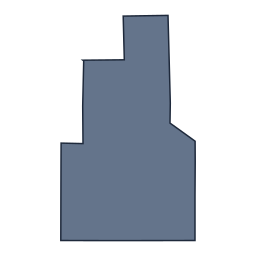 outline of Quitman, Mississippi, United States of America
{"feature_id": "52423323B70800953145175", "entity_name": "Quitman", "entity_type": "district", "adm_level": 2, "iso_a3": "USA", "parent_name": "United States of America", "parent_adm1": "Mississippi", "projection": "albers", "projection_center": [-90.295, 34.292], "detail": "fine", "context": "isolated", "style": "filled", "palette": "slate", "viewbox_px": 256, "rotation_deg": 0, "n_neighbors": 0, "source": "geoboundaries", "source_scale": "gbopen_adm2", "svg_char_len": 359}
<svg xmlns="http://www.w3.org/2000/svg" viewBox="0 0 256 256"><path d="M195.0,195.7L195.2,161.8L195.1,141.2L170.0,123.1L170.3,103.1L168.0,15.4L123.2,16.1L124.3,59.8L82.9,60.2L83.7,60.8L82.7,105.9L83.0,143.6L61.1,143.1L61.0,163.2L60.9,199.0L60.8,240.5L107.1,240.6L129.5,240.6L195.0,240.5L195.0,195.7Z" fill="#64748b" stroke="#1e293b" stroke-width="1.5"/></svg>